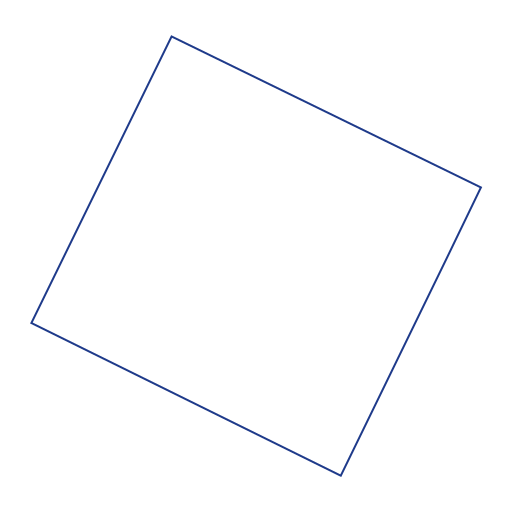 outline of Palo Alto, Iowa, United States of America, rotated 26°
{"feature_id": "52423323B23410218305479", "entity_name": "Palo Alto", "entity_type": "district", "adm_level": 2, "iso_a3": "USA", "parent_name": "United States of America", "parent_adm1": "Iowa", "projection": "natural_earth1", "projection_center": [-94.678, 43.082], "detail": "fine", "context": "isolated", "style": "outline", "palette": "blue", "viewbox_px": 512, "rotation_deg": 26, "n_neighbors": 0, "source": "geoboundaries", "source_scale": "gbopen_adm2", "svg_char_len": 231}
<svg xmlns="http://www.w3.org/2000/svg" viewBox="0 0 512 512"><g transform="rotate(26 256 256)"><path d="M83.9,95.7L83.5,414.7L428.5,416.3L428.4,175.3L428.1,95.8L83.9,95.7Z" fill="none" stroke="#1e3a8a" stroke-width="2"/></g></svg>